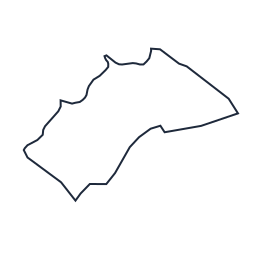 the Region of Sangre Grande, rotated 45°
{"feature_id": "TTO-54", "entity_name": "Sangre Grande", "entity_type": "Region", "adm_level": 1, "iso_a3": "TTO", "parent_name": "Trinidad and Tobago", "parent_adm1": "", "projection": "natural_earth1", "projection_center": [-61.154, 10.651], "detail": "fine", "context": "isolated", "style": "outline", "palette": "slate", "viewbox_px": 256, "rotation_deg": 45, "n_neighbors": 0, "source": "natural_earth", "source_scale": "10m", "svg_char_len": 794}
<svg xmlns="http://www.w3.org/2000/svg" viewBox="0 0 256 256"><g transform="rotate(45 128 128)"><path d="M88.2,55.6L95.0,49.7L118.6,46.4L125.9,42.9L178.5,36.1L195.4,39.9L178.2,74.8L156.9,105.1L149.3,103.5L144.5,112.5L142.3,126.7L142.8,140.3L150.7,169.0L152.3,183.0L140.6,194.6L140.8,207.8L142.2,216.5L119.1,213.7L77.8,219.9L69.9,217.3L69.3,215.3L69.1,211.2L72.4,200.6L72.5,193.1L69.4,189.3L68.1,185.4L66.9,165.5L65.2,160.4L60.8,156.1L71.2,150.3L72.9,147.4L75.5,143.7L76.1,140.2L76.1,136.9L75.3,134.0L72.2,129.4L70.7,126.0L69.4,118.2L71.1,111.1L71.2,102.7L70.8,98.8L68.7,96.6L67.0,95.6L64.4,95.4L62.3,94.7L60.6,93.8L61.4,91.9L72.9,90.6L76.6,89.3L78.9,87.3L85.5,78.7L88.1,76.6L91.6,74.6L94.0,72.1L94.1,67.8L93.7,63.6L89.8,57.1L88.2,55.6Z" fill="none" stroke="#1e293b" stroke-width="2"/></g></svg>